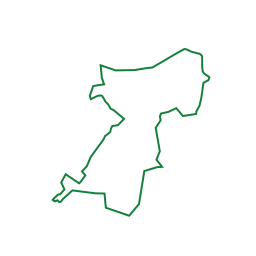 Damboa, Borno, Nigeria, rotated 118°
{"feature_id": "59680162B27422550871896", "entity_name": "Damboa", "entity_type": "district", "adm_level": 2, "iso_a3": "NGA", "parent_name": "Nigeria", "parent_adm1": "Borno", "projection": "mercator", "projection_center": [12.591, 11.064], "detail": "fine", "context": "isolated", "style": "outline", "palette": "green", "viewbox_px": 256, "rotation_deg": 118, "n_neighbors": 0, "source": "geoboundaries", "source_scale": "gbopen_adm2", "svg_char_len": 1533}
<svg xmlns="http://www.w3.org/2000/svg" viewBox="0 0 256 256"><g transform="rotate(118 128 128)"><path d="M85.5,181.6L93.9,176.0L95.7,175.0L100.7,169.6L104.0,174.2L107.4,178.4L117.6,176.8L120.0,174.3L115.2,170.9L113.4,169.4L112.2,167.5L111.8,166.0L113.8,162.5L115.3,160.3L116.4,156.7L119.1,152.4L118.9,149.1L120.3,142.9L121.7,135.8L126.4,137.1L130.2,138.2L133.7,142.8L136.8,142.7L139.8,141.8L146.1,144.5L149.2,144.2L171.2,147.3L181.1,146.4L187.9,148.3L189.9,143.4L197.6,144.5L199.8,145.2L198.1,161.3L207.5,161.4L212.0,155.3L218.2,156.7L219.7,158.5L224.7,160.3L226.8,160.7L226.8,159.6L227.1,159.3L227.0,159.1L226.8,159.0L226.7,158.5L226.9,157.8L226.5,157.5L224.9,156.3L225.7,154.0L224.5,152.7L221.2,152.1L209.2,147.8L201.1,126.4L196.9,118.0L208.8,110.1L204.9,85.8L190.0,82.6L158.3,93.4L148.9,83.9L146.3,79.7L142.6,88.0L133.6,89.0L114.9,103.6L107.2,102.9L105.9,102.8L102.9,105.2L99.7,105.6L94.9,100.0L87.9,94.7L91.6,85.1L83.6,74.4L81.4,75.4L74.9,75.3L67.3,77.3L52.6,82.6L48.1,79.5L45.1,79.9L44.7,81.4L44.6,82.3L44.6,83.5L44.4,84.5L44.3,85.4L44.2,86.2L43.8,87.3L42.7,88.9L41.9,89.3L41.0,89.9L40.7,90.2L39.5,91.0L36.9,92.5L36.3,92.8L33.5,94.2L32.2,95.0L30.7,95.7L29.8,96.4L29.2,97.8L29.0,98.5L28.9,99.5L29.0,100.3L29.3,101.2L29.6,102.1L29.7,102.9L29.8,103.4L30.0,104.3L30.4,105.6L30.7,107.0L30.8,107.6L30.9,108.4L31.0,109.1L30.9,109.8L31.1,111.5L31.0,112.9L31.4,114.0L31.9,115.5L32.3,115.7L33.6,116.5L37.2,118.9L63.2,134.9L66.0,139.2L73.8,149.4L83.0,166.1L83.7,170.8L85.5,181.6Z" fill="none" stroke="#15803d" stroke-width="2"/></g></svg>